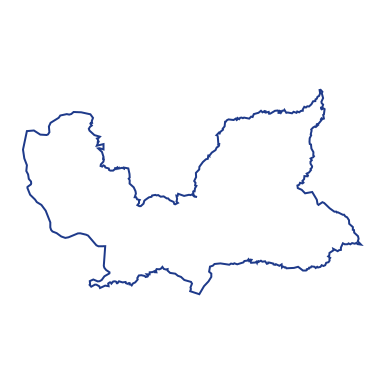 the district of Tsana-Talana, Mafeteng, Lesotho, rotated 90°
{"feature_id": "5366337B43460203285745", "entity_name": "Tsana-Talana", "entity_type": "district", "adm_level": 2, "iso_a3": "LSO", "parent_name": "Lesotho", "parent_adm1": "Mafeteng", "projection": "robinson", "projection_center": [27.304, -29.791], "detail": "fine", "context": "isolated", "style": "outline", "palette": "blue", "viewbox_px": 384, "rotation_deg": 90, "n_neighbors": 0, "source": "geoboundaries", "source_scale": "gbopen_adm2", "svg_char_len": 5999}
<svg xmlns="http://www.w3.org/2000/svg" viewBox="0 0 384 384"><g transform="rotate(90 192 192)"><path d="M284.9,294.4L286.7,292.8L284.6,289.0L284.7,287.6L286.3,284.7L288.0,284.0L285.6,278.8L286.2,275.4L283.5,275.8L282.4,274.3L282.4,273.4L283.6,272.6L281.5,270.8L281.3,269.1L281.8,267.7L283.2,267.2L283.2,266.5L281.3,265.0L282.4,261.4L282.0,258.4L283.2,258.0L283.8,256.5L283.0,254.9L283.2,254.3L284.4,254.4L284.5,253.3L285.4,252.3L283.5,251.1L282.4,248.8L279.5,246.3L278.1,246.7L275.5,245.2L275.2,242.7L276.0,239.2L277.0,238.4L276.6,236.5L275.9,236.0L274.3,237.3L274.4,234.4L272.3,234.3L272.1,231.6L271.0,229.2L272.2,229.2L272.3,227.6L270.5,228.1L269.1,227.4L269.3,224.5L268.5,222.9L266.9,221.6L268.9,220.2L269.5,218.2L269.1,216.4L270.5,216.5L272.9,213.9L273.7,208.7L275.8,206.1L276.9,203.0L280.0,199.7L281.9,193.0L283.6,192.0L287.4,193.5L289.0,193.1L291.2,193.8L294.2,184.7L286.2,180.0L281.4,175.5L276.9,172.7L273.6,172.7L271.7,174.9L266.6,174.0L265.7,171.2L264.0,169.5L263.4,163.6L264.7,154.7L263.6,153.0L264.0,150.7L263.3,149.7L264.3,146.8L262.4,140.6L261.0,139.6L260.6,136.5L259.4,135.6L260.8,135.0L259.6,133.8L259.8,132.5L261.7,133.6L262.8,133.0L262.5,128.6L261.7,127.6L262.9,127.0L261.5,126.6L261.2,125.7L261.9,125.4L260.7,123.1L261.7,121.7L261.3,118.9L263.8,117.1L263.3,115.8L262.5,115.7L262.6,114.5L263.6,110.6L264.4,110.5L264.7,109.6L264.8,108.6L264.2,108.1L265.8,104.6L264.4,102.4L267.3,102.0L266.6,101.4L266.7,100.4L267.5,99.4L267.3,98.4L268.3,97.6L267.9,90.0L266.8,85.9L270.5,81.1L270.5,78.0L270.2,77.3L269.2,77.2L268.6,75.0L267.7,74.9L267.5,73.3L266.4,72.5L266.8,69.5L268.0,68.3L266.8,66.8L267.5,66.0L266.9,63.6L265.2,62.3L266.0,60.6L265.2,58.8L262.8,57.8L262.2,55.5L260.6,54.4L258.9,54.6L257.9,53.8L256.4,55.8L255.6,54.8L252.9,54.5L250.3,50.5L248.8,50.8L251.2,46.3L250.2,45.0L249.9,43.1L247.6,43.1L243.3,41.1L244.3,39.2L244.2,36.3L243.4,35.5L244.3,33.7L243.1,31.9L243.7,29.2L242.9,27.6L244.1,26.5L244.6,23.0L241.3,26.2L238.8,25.4L236.2,26.0L232.6,29.8L230.1,30.0L229.8,31.2L227.1,31.1L223.8,34.8L220.2,35.0L217.3,36.9L216.4,38.7L214.7,39.9L214.8,41.1L212.3,46.1L212.5,47.1L211.7,47.6L211.7,49.6L208.3,54.3L203.0,59.8L202.2,61.6L204.9,65.5L203.9,66.5L199.7,67.2L192.0,71.8L193.3,78.9L189.8,82.3L188.1,86.2L185.5,86.6L184.7,84.7L182.8,84.0L183.4,81.5L182.6,80.5L181.0,81.6L179.1,79.9L176.1,79.6L176.3,76.4L175.5,76.0L173.6,77.3L172.5,75.0L170.0,73.0L169.0,73.5L167.6,72.1L166.3,71.9L163.6,73.5L161.6,73.5L160.2,72.2L158.5,73.4L157.2,70.8L156.2,70.0L155.4,70.7L152.1,70.6L148.6,72.6L144.5,73.0L144.0,74.2L141.9,74.5L138.2,74.3L135.2,72.8L134.4,73.3L130.7,72.4L129.5,72.8L127.5,70.9L126.5,69.1L127.0,68.2L125.4,66.4L125.1,67.4L124.2,67.2L123.7,65.5L120.2,62.6L119.3,63.1L118.3,62.4L119.0,61.3L118.6,60.1L114.9,60.8L114.4,60.1L109.1,59.4L108.4,60.5L109.3,62.3L108.7,62.9L107.6,63.0L107.0,61.6L104.6,60.9L103.2,62.3L101.8,62.6L98.1,60.9L93.3,62.2L91.8,61.6L89.8,63.4L90.0,64.4L93.3,63.9L95.9,64.9L96.8,66.5L98.7,67.2L99.4,68.5L101.1,68.7L101.3,70.9L104.3,72.6L106.5,75.0L106.3,76.7L107.5,78.1L106.8,79.7L109.6,81.3L110.7,81.2L111.0,83.2L112.3,84.8L111.5,86.8L112.8,87.5L111.8,90.4L113.3,92.0L112.5,96.2L112.8,97.7L109.8,99.6L110.6,100.1L110.7,101.7L112.5,102.9L111.2,103.3L110.9,104.2L112.9,104.5L112.9,105.5L111.1,105.5L110.5,106.2L110.8,109.0L113.6,113.7L113.7,114.9L111.9,115.3L112.6,118.3L112.3,119.0L111.3,118.5L111.0,119.3L112.3,121.5L110.8,123.0L112.8,125.5L114.1,130.2L117.0,131.4L116.6,132.8L118.6,134.8L117.6,140.0L118.2,141.1L117.6,142.3L117.8,143.8L119.1,144.8L117.9,146.6L118.4,147.0L119.2,146.4L120.0,147.3L118.7,148.4L120.0,150.4L119.4,155.5L120.3,157.2L121.8,158.3L121.8,158.9L126.4,159.4L128.7,161.3L129.7,161.0L131.9,163.7L133.3,164.3L132.6,165.0L135.1,167.4L135.3,166.7L136.8,166.2L143.5,165.7L143.8,165.0L144.7,165.7L145.1,164.9L146.3,165.4L147.5,167.3L150.1,168.5L152.6,172.2L155.3,174.3L155.4,175.2L156.2,174.9L155.9,175.8L158.8,176.2L159.3,178.1L162.0,181.1L166.8,184.6L169.5,184.8L172.9,188.1L177.1,187.9L181.0,189.8L182.8,188.5L185.4,188.9L185.9,187.6L188.3,189.0L191.3,189.4L191.2,190.5L191.9,190.9L194.7,190.5L196.4,189.2L197.0,187.0L196.6,189.6L194.4,192.0L195.1,193.4L194.8,195.0L195.9,199.9L193.8,205.9L195.8,206.4L195.6,207.6L198.8,206.9L201.6,207.5L202.9,206.1L204.3,208.8L204.0,209.7L201.9,210.4L200.2,214.3L198.4,215.9L198.4,217.3L196.4,220.3L196.7,223.3L195.1,225.8L195.4,227.6L194.9,228.6L195.5,231.9L196.8,232.5L197.3,235.0L199.9,238.7L200.8,239.7L203.7,240.5L206.1,243.2L206.1,244.8L205.1,246.6L203.1,245.0L201.1,245.0L200.0,244.3L199.3,246.9L197.3,247.8L197.2,249.3L193.6,248.1L191.2,248.5L187.3,250.3L183.6,254.4L180.2,254.3L178.7,255.3L177.6,254.3L174.0,254.5L168.4,255.7L167.6,260.0L168.6,260.0L167.8,261.8L168.5,265.1L167.9,265.2L168.4,266.1L167.7,266.5L168.3,266.9L167.8,267.1L168.4,267.7L168.0,267.8L168.2,268.9L168.9,268.8L170.6,270.9L170.6,273.7L170.0,274.9L168.5,275.2L167.5,278.6L165.9,279.4L165.4,280.6L166.6,281.8L166.0,283.4L164.4,283.1L161.7,280.6L159.3,280.1L159.1,280.9L158.0,280.9L157.2,280.4L152.0,282.0L148.4,285.9L148.2,284.6L149.4,280.5L144.1,280.5L145.7,287.2L141.8,285.5L141.8,286.2L140.0,285.9L138.5,287.0L137.9,285.3L136.7,284.1L135.1,289.6L130.6,294.5L128.8,295.2L126.7,293.9L125.5,292.2L123.7,293.6L122.9,293.2L122.9,291.9L121.0,292.2L117.9,291.0L114.3,293.6L112.3,302.8L112.0,310.4L114.0,312.7L114.6,314.8L114.1,317.2L115.5,323.7L117.8,325.3L122.8,333.4L126.5,335.1L132.2,334.6L134.4,336.0L135.0,337.4L134.6,343.7L130.5,350.1L131.1,357.1L149.6,361.0L158.4,359.7L165.2,357.1L171.0,357.7L174.4,355.9L178.9,355.2L181.5,353.0L183.3,352.8L184.4,353.1L186.9,356.5L187.9,356.6L194.7,353.9L199.6,348.9L202.1,347.2L204.9,342.6L210.7,338.3L222.4,333.7L227.4,333.7L229.9,332.9L231.5,331.5L233.1,327.4L236.5,322.7L237.9,318.7L237.3,315.5L233.4,306.1L233.3,303.7L234.7,297.9L235.6,295.9L245.3,287.6L246.3,285.5L246.2,278.8L265.8,280.2L267.7,279.7L270.0,277.9L272.3,274.5L273.4,274.6L276.3,279.6L280.0,282.3L281.2,284.4L281.4,286.2L279.5,290.7L281.1,294.2L284.3,293.9L284.9,294.4Z" fill="none" stroke="#1e3a8a" stroke-width="2"/></g></svg>